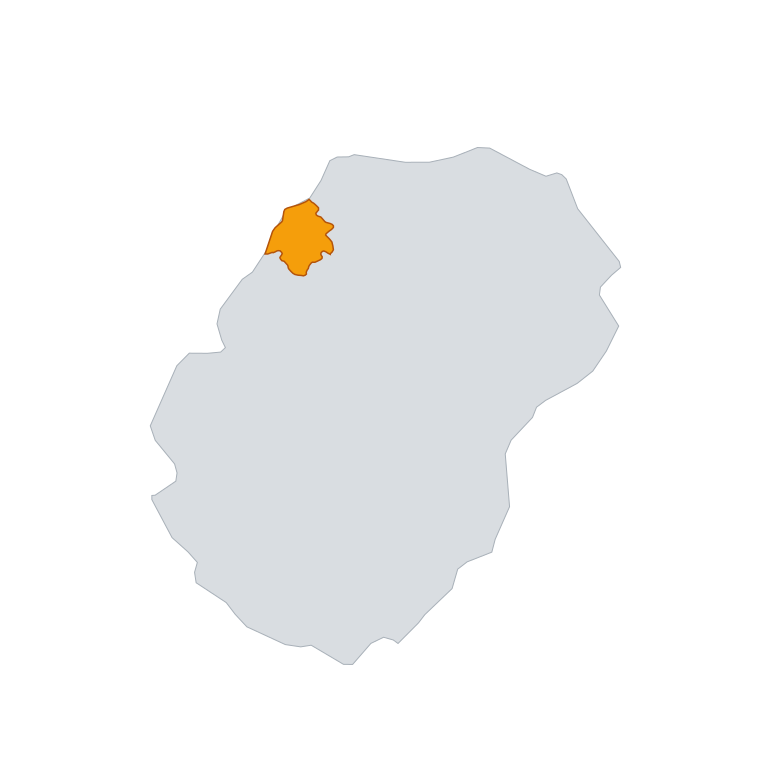 where Staro Nagoričane sits in North Macedonia, rotated 318°
{"feature_id": "MKD-2910", "entity_name": "Staro Nagoričane", "entity_type": "Statistical Region", "adm_level": 1, "iso_a3": "MKD", "parent_name": "North Macedonia", "parent_adm1": "", "projection": "natural_earth1", "projection_center": [21.9, 42.216], "detail": "fine", "context": "in_parent", "style": "filled", "palette": "amber", "viewbox_px": 768, "rotation_deg": 318, "n_neighbors": 0, "source": "natural_earth", "source_scale": "10m", "svg_char_len": 2393}
<svg xmlns="http://www.w3.org/2000/svg" viewBox="0 0 768 768"><g transform="rotate(318 384 384)"><path d="M349.2,211.4L361.1,212.8L386.8,206.0L402.8,196.5L411.0,195.1L421.9,191.4L437.5,192.0L453.3,196.1L473.4,190.6L493.2,181.8L501.1,184.0L509.7,191.5L515.3,193.6L548.2,233.5L566.2,249.6L587.4,261.8L611.7,270.8L620.4,279.4L635.9,321.9L643.4,338.0L653.7,342.8L656.2,347.4L656.6,353.6L645.2,383.4L640.8,450.3L637.9,455.7L625.8,455.4L609.7,456.8L603.6,462.0L597.2,498.0L571.3,508.3L547.8,514.1L528.0,512.8L493.1,504.3L481.8,503.3L472.0,508.2L440.9,510.8L427.3,517.1L395.2,559.2L362.7,573.8L351.6,581.1L326.8,571.8L314.9,570.9L297.7,581.6L260.0,582.7L249.8,584.6L220.8,586.2L219.6,580.4L214.2,571.9L200.7,568.0L173.0,571.4L166.3,565.2L155.1,529.4L146.2,523.6L136.3,511.6L119.6,472.7L119.3,455.7L120.5,440.9L111.4,406.0L117.2,397.2L125.9,391.7L126.0,377.7L123.7,356.4L134.1,314.6L136.9,311.5L139.5,313.5L164.3,316.9L170.7,311.6L174.9,303.3L176.3,272.8L182.3,258.7L242.3,231.8L259.9,230.8L273.4,243.1L284.0,251.0L290.5,250.8L292.8,242.8L300.1,227.6L312.4,218.8L348.9,211.3L349.2,211.4Z" fill="#d9dde1" stroke="#a8b0b8" stroke-width="1"/><path d="M427.1,187.9L429.8,188.5L441.2,194.0L448.1,196.3L451.9,196.7L452.0,200.6L452.7,202.5L453.0,204.8L453.2,207.6L453.2,209.3L451.7,210.9L450.6,211.0L447.6,211.5L446.8,213.1L447.2,214.9L448.2,216.6L448.8,217.7L448.8,219.7L448.7,223.5L448.9,224.8L449.9,226.4L451.5,228.9L452.3,230.8L452.3,232.5L451.3,233.7L449.8,234.0L447.9,234.0L447.3,233.9L445.9,233.7L443.5,233.6L441.4,233.6L440.3,234.3L440.3,235.8L440.5,238.9L440.5,240.8L440.3,243.6L438.3,247.3L436.2,250.4L433.7,251.2L431.0,251.3L430.8,251.6L429.9,249.4L429.3,247.0L428.3,244.9L426.9,244.2L425.0,244.4L423.9,245.2L423.4,246.7L423.3,247.9L422.3,249.0L421.7,249.2L419.9,249.1L416.2,248.0L414.1,247.3L413.1,246.4L412.2,245.5L410.8,245.4L408.3,245.8L406.6,246.4L405.1,247.5L403.1,247.9L401.0,248.9L399.9,250.4L398.2,250.4L396.5,249.7L395.2,248.0L393.0,245.7L391.1,243.0L390.4,240.9L390.2,238.3L390.2,236.6L390.2,235.0L390.5,233.7L391.3,232.5L391.9,231.3L391.9,228.6L391.9,226.0L391.1,224.7L390.6,224.0L390.7,221.9L391.1,220.5L392.2,220.0L393.8,219.7L395.6,219.0L396.0,217.7L395.9,215.5L394.5,214.0L393.3,213.4L391.5,213.0L389.4,212.2L389.0,211.4L384.6,209.6L382.6,207.8L403.4,196.0L407.7,195.0L416.2,195.1L417.7,194.8L424.9,188.9L427.1,187.9Z" fill="#f59e0b" stroke="#b45309" stroke-width="1.5"/></g></svg>